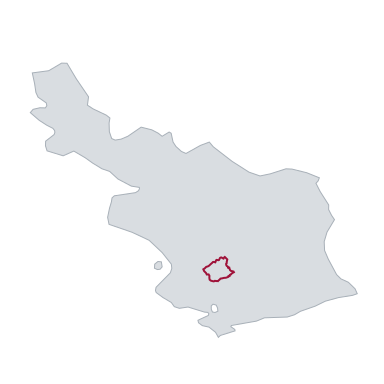 Dilidjan, Tavush, Armenia (highlighted), rotated 171°
{"feature_id": "60910142B28859062428936", "entity_name": "Dilidjan", "entity_type": "district", "adm_level": 2, "iso_a3": "ARM", "parent_name": "Armenia", "parent_adm1": "Tavush", "projection": "orthographic", "projection_center": [44.852, 40.743], "detail": "fine", "context": "in_parent", "style": "outline", "palette": "rose", "viewbox_px": 384, "rotation_deg": 171, "n_neighbors": 0, "source": "geoboundaries", "source_scale": "gbopen_adm2", "svg_char_len": 2873}
<svg xmlns="http://www.w3.org/2000/svg" viewBox="0 0 384 384"><g transform="rotate(171 192 192)"><path d="M167.1,238.6L163.9,233.3L147.6,216.0L132.6,202.7L122.3,197.2L111.8,197.7L95.6,200.2L89.7,199.0L75.7,193.1L64.0,186.1L65.7,183.2L68.2,181.2L65.3,172.3L59.0,157.8L59.8,153.3L57.8,147.1L55.6,142.4L64.9,131.3L69.2,122.3L70.2,113.5L67.9,104.4L62.1,87.8L58.5,82.9L51.7,78.4L46.1,70.9L44.7,65.7L49.6,64.8L63.7,64.8L77.4,63.3L88.1,60.0L103.6,57.2L110.0,54.7L117.5,53.6L140.1,56.4L148.5,54.4L174.0,54.0L174.7,52.9L171.2,49.5L171.2,48.1L186.4,45.9L188.7,44.3L190.7,49.8L196.4,55.9L202.7,58.4L206.0,61.8L206.2,64.4L195.2,67.5L194.4,69.1L195.2,70.6L198.4,71.4L213.9,79.0L222.7,79.1L227.4,81.5L229.7,86.1L237.2,92.3L243.1,98.3L243.5,100.4L242.4,103.5L226.0,115.6L223.9,119.7L223.7,124.0L231.0,136.9L241.9,151.0L257.5,161.6L279.0,173.0L279.3,180.2L276.0,188.9L273.2,194.7L271.9,198.7L269.3,200.4L247.9,200.2L244.7,201.6L243.4,203.3L243.3,204.8L251.0,207.3L263.1,216.4L270.1,225.2L277.3,229.0L285.5,236.0L292.1,242.5L302.3,250.9L313.6,247.9L328.7,255.3L329.5,260.5L328.6,265.1L319.2,270.3L318.1,272.4L318.1,274.2L319.4,276.6L325.0,280.7L331.7,286.7L339.3,295.7L336.0,298.5L329.1,299.0L323.7,298.0L321.9,299.9L322.0,302.8L329.2,309.7L330.6,314.7L330.5,323.5L331.1,334.6L314.6,334.2L300.6,339.7L295.3,338.7L291.6,329.4L288.5,321.7L279.3,302.2L281.7,294.1L276.6,289.5L264.6,281.3L261.5,277.9L263.1,273.1L264.2,264.5L263.0,257.4L259.8,255.3L253.8,255.3L246.6,257.1L232.1,264.0L222.0,259.7L216.2,255.4L212.8,251.7L205.2,254.8L203.4,253.3L202.9,244.3L200.7,239.4L196.1,233.7L191.9,231.0L176.4,236.7L167.1,238.6ZM190.8,76.5L191.3,73.3L190.6,70.3L188.1,69.4L185.1,70.2L184.9,73.4L185.8,76.5L188.8,77.9L190.8,76.5ZM240.1,126.6L236.5,128.7L233.2,127.8L233.2,122.7L235.6,120.7L238.3,120.8L241.0,122.6L240.1,126.6Z" fill="#d9dde1" stroke="#a8b0b8" stroke-width="1"/><path d="M167.7,119.9L169.8,122.7L170.5,122.3L171.3,121.3L172.1,121.8L173.1,122.7L173.9,122.8L174.5,122.6L175.0,122.1L175.5,121.2L176.0,120.6L176.7,120.5L178.1,121.1L178.5,121.1L179.1,120.4L180.0,118.9L181.3,119.5L182.2,119.6L183.4,118.7L184.9,117.8L186.6,116.6L187.7,116.1L189.7,115.8L191.3,114.6L192.9,113.9L192.4,112.0L190.8,109.8L190.3,108.2L188.5,108.0L187.9,106.5L188.3,104.5L188.3,102.7L187.4,101.6L186.0,100.9L184.4,100.3L183.3,100.7L181.9,100.2L181.3,100.2L180.3,99.9L180.0,100.2L178.1,101.4L177.4,102.0L175.7,102.0L173.7,102.2L173.2,102.1L172.8,102.1L172.0,102.0L169.7,102.4L169.3,103.2L168.9,103.3L168.1,103.0L167.8,103.3L167.6,104.2L167.1,104.4L166.4,104.5L166.0,105.0L164.4,105.8L163.2,106.2L163.4,106.7L163.4,106.9L163.9,107.2L164.4,107.4L164.6,107.5L165.3,107.7L166.0,108.1L166.6,108.9L166.9,110.3L167.0,111.4L167.6,111.3L167.9,111.3L168.3,111.6L168.2,112.6L169.1,113.4L169.5,114.1L169.6,115.1L169.5,115.8L168.8,116.4L168.7,117.4L168.3,118.3L167.7,119.9Z" fill="none" stroke="#9f1239" stroke-width="2"/></g></svg>